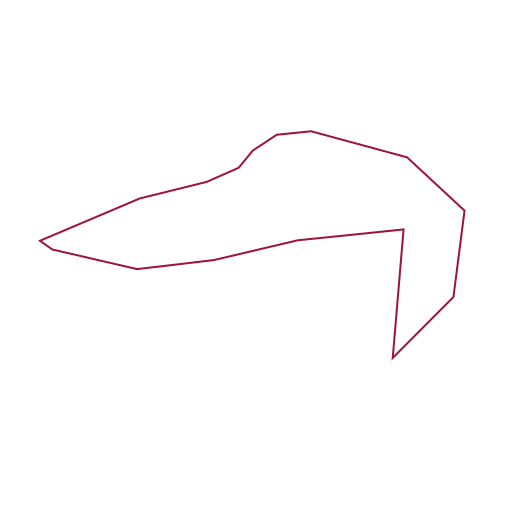 SVG path tracing the border of Zavrc, rotated 83°
{"feature_id": "SVN-1050", "entity_name": "Zavrc", "entity_type": "Municipality", "adm_level": 1, "iso_a3": "SVN", "parent_name": "Slovenia", "parent_adm1": "", "projection": "orthographic", "projection_center": [16.053, 46.352], "detail": "fine", "context": "isolated", "style": "outline", "palette": "rose", "viewbox_px": 512, "rotation_deg": 83, "n_neighbors": 0, "source": "natural_earth", "source_scale": "10m", "svg_char_len": 378}
<svg xmlns="http://www.w3.org/2000/svg" viewBox="0 0 512 512"><g transform="rotate(83 256 256)"><path d="M373.8,132.7L247.6,106.3L245.5,212.8L254.9,298.3L254.5,375.7L224.7,457.4L214.6,468.5L213.6,465.3L184.7,364.3L176.4,295.9L166.3,262.4L151.0,246.4L138.2,220.7L138.9,186.2L176.5,94.0L236.4,43.5L320.7,65.0L373.8,132.7Z" fill="none" stroke="#9f1239" stroke-width="2"/></g></svg>